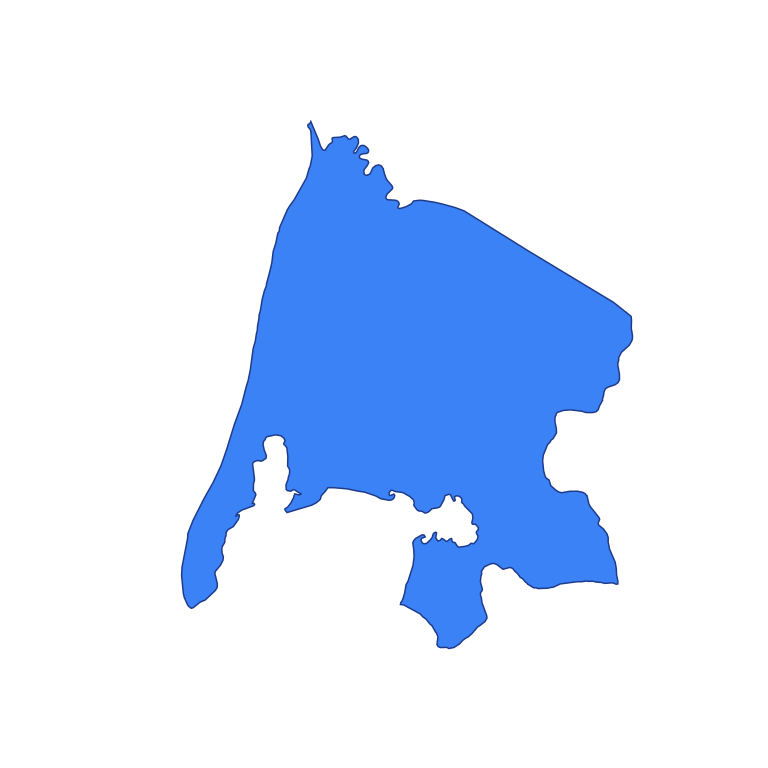 the district of Puerto Barrios, Izabal, Guatemala, rotated 252°
{"feature_id": "79465075B20471919033812", "entity_name": "Puerto Barrios", "entity_type": "district", "adm_level": 2, "iso_a3": "GTM", "parent_name": "Guatemala", "parent_adm1": "Izabal", "projection": "orthographic", "projection_center": [-88.506, 15.734], "detail": "fine", "context": "isolated", "style": "filled", "palette": "blue", "viewbox_px": 768, "rotation_deg": 252, "n_neighbors": 0, "source": "geoboundaries", "source_scale": "gbopen_adm2", "svg_char_len": 6171}
<svg xmlns="http://www.w3.org/2000/svg" viewBox="0 0 768 768"><g transform="rotate(252 384 384)"><path d="M121.6,544.6L124.3,545.5L130.5,546.2L136.8,547.9L143.2,548.8L157.3,547.5L164.6,548.4L168.7,549.8L172.8,549.7L178.3,547.9L183.5,544.6L185.5,544.7L188.7,547.3L190.5,547.2L203.7,542.3L207.0,541.8L215.2,542.6L216.1,541.8L217.5,541.5L219.8,539.2L222.3,534.7L224.6,527.3L225.7,519.4L227.3,516.8L230.3,514.4L235.8,511.2L241.7,511.3L244.4,509.2L246.4,508.7L252.0,509.0L261.8,511.1L267.1,513.5L275.8,520.8L277.3,523.8L279.1,525.8L279.8,528.0L284.2,532.9L288.6,534.2L294.5,534.8L297.4,535.5L299.9,536.6L301.1,537.9L302.8,538.8L303.4,540.4L303.5,546.1L301.8,553.3L297.0,563.7L294.5,567.2L292.4,573.3L292.1,577.2L293.3,579.7L296.7,582.3L301.0,586.9L302.2,587.1L304.8,589.0L308.6,590.9L311.1,593.1L311.8,596.2L311.9,603.6L313.1,607.2L315.5,609.4L320.8,611.0L329.3,612.1L331.7,612.9L334.1,614.6L336.5,615.3L340.7,619.5L345.2,629.4L348.2,632.7L350.3,634.3L353.3,635.3L360.7,636.4L368.4,639.2L372.0,639.9L390.6,627.6L466.4,562.0L524.0,513.6L529.8,506.2L537.5,494.5L541.1,488.5L546.5,477.9L547.8,474.6L548.9,468.6L546.9,465.9L545.8,459.6L545.9,454.3L546.5,452.2L547.3,451.7L548.1,451.9L550.4,454.1L552.3,454.1L553.8,453.4L555.2,451.8L558.2,444.2L559.7,443.4L561.1,443.5L562.6,444.6L563.9,446.1L567.0,452.3L568.4,453.0L570.1,452.8L576.6,450.1L579.0,449.5L584.2,449.4L589.0,449.8L591.9,449.0L593.0,448.1L594.1,446.5L594.2,443.2L592.8,439.9L588.8,436.4L587.9,434.8L587.8,431.9L588.8,430.5L589.6,430.1L593.1,430.6L594.6,432.2L597.1,435.9L599.4,437.9L601.2,437.7L602.2,437.0L604.9,432.1L605.9,431.1L606.6,430.7L608.4,431.0L609.3,432.3L609.5,434.7L608.7,438.5L608.8,439.9L609.6,441.0L610.7,441.5L612.3,441.5L614.7,440.5L617.0,438.7L617.7,436.8L617.7,435.3L616.8,433.4L613.0,429.4L612.5,427.8L612.7,427.1L613.7,426.7L614.5,427.0L617.4,431.1L621.0,434.1L624.4,435.1L626.9,434.5L628.1,433.5L628.5,431.8L627.4,427.0L627.6,426.1L631.5,424.4L632.3,423.5L632.3,418.6L634.1,411.7L633.8,410.6L630.4,409.8L629.7,409.0L629.2,406.7L628.2,404.9L624.7,400.3L624.9,398.9L626.2,397.9L630.1,397.1L636.8,397.1L656.2,395.5L654.6,394.0L654.3,392.2L653.7,391.4L651.8,391.3L649.1,392.5L646.9,392.5L623.0,386.2L613.8,381.0L612.0,379.3L603.8,373.8L586.8,355.3L582.6,349.4L579.6,345.9L565.1,333.1L561.8,331.6L560.2,329.6L551.3,324.6L544.4,319.6L534.0,314.8L527.0,310.6L515.7,303.3L513.5,302.3L509.7,299.1L502.5,294.5L491.8,289.0L488.5,286.7L484.3,285.0L478.1,281.6L473.8,279.9L471.3,278.2L464.6,274.9L458.3,270.6L438.9,261.3L429.2,255.8L424.0,252.1L408.6,242.4L392.2,229.5L370.2,214.0L356.5,203.6L343.1,191.0L330.9,177.7L313.5,160.4L302.5,151.3L297.7,149.4L272.2,135.3L264.3,132.3L246.6,128.4L242.5,128.1L234.9,128.9L233.0,129.5L230.3,131.3L230.2,133.5L233.3,141.4L233.8,147.2L239.6,159.5L241.4,161.8L242.4,162.6L245.5,163.8L255.5,164.5L257.0,165.0L258.1,166.0L262.3,172.6L266.1,176.4L269.5,177.9L272.8,177.7L277.4,178.8L279.2,179.8L282.6,183.6L286.5,185.1L288.3,186.7L291.5,188.0L293.7,190.6L295.0,196.7L300.3,203.7L302.9,205.5L304.3,205.8L304.6,204.8L304.1,202.4L305.0,202.9L306.6,205.1L308.0,209.7L308.5,222.4L309.1,223.6L310.5,223.6L311.2,221.9L318.1,227.8L319.7,228.0L322.7,226.9L324.2,227.2L329.3,229.0L332.2,230.9L333.9,231.5L348.9,234.4L350.0,235.9L350.4,238.1L350.2,240.4L348.8,242.8L348.5,244.6L349.8,248.8L352.1,250.0L358.5,249.7L363.9,250.3L366.8,251.9L367.9,253.9L369.5,255.0L370.0,256.6L369.2,265.1L366.6,270.0L363.3,272.1L360.8,272.4L358.3,270.2L357.1,270.2L356.9,270.7L353.5,271.9L344.6,270.1L335.8,267.0L332.1,267.7L330.4,267.4L327.5,266.2L324.9,264.2L322.8,263.2L318.4,259.6L313.9,258.4L312.5,259.2L311.1,261.6L310.9,262.4L311.5,265.2L310.7,266.5L307.2,269.1L305.3,271.2L304.8,270.9L304.7,270.1L304.9,268.6L307.1,265.1L304.0,263.0L300.0,259.1L296.8,254.5L295.8,251.1L294.3,251.0L291.7,252.1L291.1,277.9L292.0,283.0L293.5,286.9L294.5,288.2L297.1,289.8L300.4,295.5L302.7,298.6L300.9,304.2L295.5,316.9L290.5,325.5L287.1,332.2L280.2,341.4L275.8,345.6L271.8,353.0L271.4,355.6L271.9,357.3L272.8,358.5L274.8,359.8L276.3,359.3L275.9,356.4L276.3,354.9L277.8,354.8L279.3,355.5L280.7,357.8L280.4,359.0L278.3,361.4L274.9,368.4L269.0,373.8L264.9,376.2L261.6,376.1L260.1,375.1L259.0,374.9L253.5,376.8L252.5,377.9L251.3,380.7L248.5,383.2L248.4,385.9L249.4,388.9L250.6,390.8L249.7,396.7L249.9,399.0L250.6,400.2L255.3,405.1L259.0,407.6L259.0,411.6L258.1,413.0L252.4,413.8L251.3,414.1L250.9,414.6L251.3,415.8L254.4,416.1L255.0,416.3L255.2,417.0L255.2,418.5L254.2,420.6L252.0,422.2L250.0,422.3L247.8,421.4L246.8,421.5L245.9,422.3L242.8,423.1L233.1,427.9L228.7,427.0L225.1,424.7L223.5,424.7L223.0,425.3L222.5,427.6L218.2,429.4L216.5,428.6L214.8,426.1L214.0,425.8L210.3,426.3L208.9,425.8L207.1,424.4L204.3,420.1L205.6,417.7L204.4,414.3L204.5,411.5L205.5,405.4L206.5,403.8L211.3,402.5L211.8,401.3L212.8,400.4L213.4,400.1L215.9,400.6L216.3,400.2L216.1,398.1L215.2,396.6L215.1,394.6L218.4,392.3L219.3,391.2L217.9,389.1L218.2,386.6L221.8,385.7L226.0,387.9L226.5,388.0L227.0,387.5L226.9,385.5L226.2,384.5L223.2,382.4L221.7,380.3L219.3,375.4L219.5,373.2L220.2,371.9L221.6,371.1L224.2,370.9L225.6,372.0L225.8,375.9L227.7,375.6L228.6,374.3L228.7,372.9L227.3,366.2L225.7,363.7L224.0,362.3L217.2,361.1L210.3,359.2L202.3,355.4L188.9,345.8L186.4,343.0L179.1,339.2L174.8,336.3L172.4,334.4L170.9,332.4L169.2,331.5L167.8,334.5L154.0,347.5L150.5,349.0L147.3,351.4L141.3,353.6L139.6,354.9L132.1,356.4L131.2,357.0L126.7,357.1L120.0,353.9L117.7,354.3L117.0,354.9L115.9,356.2L114.1,362.3L112.4,363.9L111.8,369.1L113.5,375.6L115.9,379.8L116.9,382.8L117.5,386.0L119.7,390.9L124.3,398.5L124.4,399.9L126.8,406.5L129.5,409.6L132.1,410.1L145.5,409.6L150.7,410.5L153.1,410.4L155.8,411.4L157.1,413.4L158.3,414.1L166.3,414.6L171.2,416.8L173.2,418.2L175.6,418.8L176.2,419.4L179.1,423.0L180.0,429.5L179.6,432.7L177.5,435.5L171.0,439.9L170.7,446.5L170.3,447.7L168.8,449.4L165.5,450.6L162.6,452.3L157.9,453.9L156.0,455.7L152.4,457.1L150.0,458.7L149.2,458.8L144.0,463.3L143.1,465.8L141.8,467.4L139.3,476.4L138.5,482.9L139.4,489.7L136.3,506.4L134.8,511.1L134.0,516.1L133.4,516.7L131.6,522.3L129.9,524.7L129.8,525.8L129.2,526.5L128.4,528.8L126.2,532.3L124.3,539.9L121.8,543.0L121.6,544.6Z" fill="#3b82f6" stroke="#1e3a8a" stroke-width="1.5"/></g></svg>